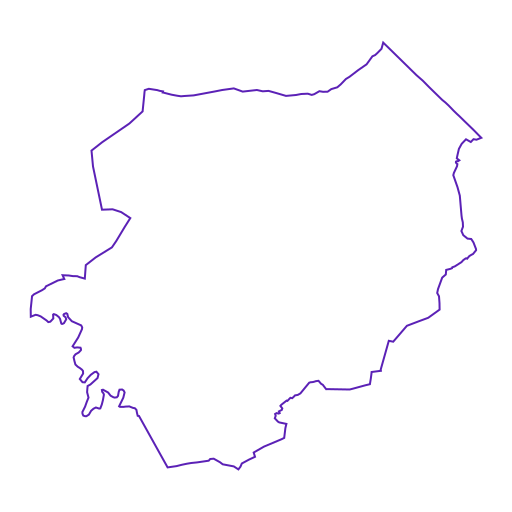 the district of Ezza North, Ebonyi, Nigeria
{"feature_id": "59680162B95600296408215", "entity_name": "Ezza North", "entity_type": "district", "adm_level": 2, "iso_a3": "NGA", "parent_name": "Nigeria", "parent_adm1": "Ebonyi", "projection": "albers", "projection_center": [7.956, 6.263], "detail": "fine", "context": "isolated", "style": "outline", "palette": "violet", "viewbox_px": 512, "rotation_deg": 0, "n_neighbors": 0, "source": "geoboundaries", "source_scale": "gbopen_adm2", "svg_char_len": 3948}
<svg xmlns="http://www.w3.org/2000/svg" viewBox="0 0 512 512"><path d="M481.3,137.8L478.0,134.5L473.7,130.1L467.3,123.9L464.5,121.2L459.3,116.1L456.9,113.9L453.6,110.7L448.6,105.5L445.4,102.5L442.2,99.9L434.0,91.9L429.0,87.0L422.7,80.6L416.4,75.1L390.8,50.0L383.2,42.6L381.5,48.8L377.2,53.2L375.1,55.1L372.4,56.3L366.6,64.3L358.1,70.2L349.5,76.8L345.9,79.0L340.7,84.4L337.3,87.3L331.3,89.1L327.6,91.7L323.0,91.8L319.4,91.2L314.2,94.2L311.7,94.9L307.8,93.7L301.2,94.0L296.0,95.0L286.0,95.9L276.1,93.0L268.6,90.9L262.7,91.3L256.9,90.0L242.7,91.6L233.8,88.4L222.2,90.0L214.6,91.5L193.6,95.4L184.3,96.0L181.0,96.3L177.0,95.7L171.6,94.7L164.5,92.9L163.5,92.6L162.7,92.5L163.0,91.4L159.9,90.9L157.2,90.1L148.8,88.8L144.8,90.1L144.5,92.1L144.2,95.6L142.6,111.4L129.4,123.5L102.2,142.2L91.5,150.6L93.0,166.4L102.0,209.7L112.6,209.3L121.2,212.1L130.3,218.1L124.8,226.8L116.2,241.1L111.9,247.4L95.7,257.4L85.8,265.1L84.8,278.6L79.7,277.2L77.2,276.2L72.8,276.1L68.8,275.5L66.6,275.4L64.1,275.3L62.6,275.2L63.6,277.5L64.3,279.0L62.0,279.5L57.8,280.5L46.0,286.3L44.8,288.4L42.0,290.2L38.1,292.2L34.0,294.3L32.0,296.2L31.9,297.7L30.7,309.1L30.8,316.7L35.6,314.8L37.7,315.2L40.7,316.4L46.6,320.5L48.3,322.1L50.3,321.7L53.3,318.5L53.1,314.6L53.8,314.1L56.3,315.0L59.0,317.2L60.1,319.0L60.6,321.0L61.3,323.5L61.8,323.9L62.5,323.9L64.0,323.1L66.2,319.3L65.6,317.3L63.7,315.8L63.5,314.8L64.1,314.0L66.2,313.2L67.3,313.9L68.1,317.2L71.8,321.2L81.2,325.4L82.2,327.4L82.0,329.1L78.2,337.5L72.6,346.3L74.4,347.8L77.1,347.4L80.5,347.7L81.0,349.1L80.9,350.2L78.7,352.5L75.5,354.3L74.1,356.1L73.6,357.5L74.0,359.0L74.4,360.9L75.4,364.5L77.7,366.7L79.8,368.0L81.9,369.6L83.0,371.0L83.1,373.6L79.8,379.0L82.5,382.2L84.8,382.4L87.6,378.2L90.8,374.8L94.5,372.1L96.4,371.7L98.5,374.2L97.5,378.1L90.4,384.5L87.6,386.0L87.3,389.3L87.1,392.2L88.5,397.6L86.8,401.8L85.1,406.6L82.4,412.0L82.4,413.2L82.7,414.3L83.3,415.6L85.1,416.2L86.4,416.2L88.9,414.6L91.1,410.8L93.5,408.7L95.9,407.5L96.8,407.8L99.2,408.6L100.3,408.4L101.8,404.5L102.9,400.2L103.9,394.7L103.5,393.4L102.2,391.8L101.9,390.0L103.0,389.7L108.1,392.5L110.6,395.7L113.3,397.2L114.7,397.6L116.8,397.3L118.0,395.9L118.4,393.7L118.7,391.9L119.5,389.7L122.1,389.5L123.6,390.5L124.6,392.4L123.3,397.7L119.1,406.3L120.0,406.9L123.5,406.9L125.4,406.6L127.7,406.5L129.3,406.4L131.0,407.1L133.0,407.9L134.8,408.2L136.4,409.8L137.0,413.0L137.7,415.8L139.0,416.0L156.4,447.3L167.6,467.4L176.6,466.1L181.7,464.8L187.0,463.7L191.2,463.0L197.1,462.4L208.7,460.7L210.2,459.0L213.7,458.7L220.1,462.3L222.7,464.3L233.8,466.4L238.4,469.4L240.5,466.6L241.8,463.5L249.0,459.6L255.0,456.8L253.7,452.5L264.0,446.6L281.8,439.1L284.2,437.9L285.4,428.0L286.4,423.9L279.2,422.4L277.9,421.6L274.8,418.3L275.7,415.8L275.1,414.0L276.6,413.1L278.7,413.6L279.7,413.1L278.9,411.4L281.8,409.9L282.0,409.2L282.3,408.4L280.4,405.9L281.4,404.7L286.6,400.6L287.4,400.9L290.4,397.8L292.2,398.2L294.0,396.5L295.0,395.4L297.8,394.9L300.4,393.4L309.2,382.7L310.8,382.2L311.6,382.2L313.1,382.0L314.6,381.6L315.7,381.2L318.5,380.8L321.1,383.8L322.8,384.8L325.4,388.2L326.2,389.2L326.7,389.1L349.7,389.5L353.2,388.6L365.3,385.3L369.9,384.2L370.8,378.6L371.4,374.1L371.6,372.0L380.9,370.8L380.7,369.6L388.8,340.8L393.2,341.7L406.9,325.8L419.0,321.2L428.2,317.8L439.6,309.6L439.5,303.2L439.0,296.3L437.2,293.0L438.0,289.1L442.2,277.6L445.8,274.5L446.2,269.9L450.2,268.9L452.0,268.2L452.3,267.3L454.8,266.4L461.5,262.1L463.3,260.1L465.7,258.4L466.5,258.3L467.1,258.7L469.3,256.1L471.4,254.8L473.0,254.0L476.1,250.2L476.0,249.0L473.5,242.5L471.9,240.0L471.2,239.0L467.5,238.6L463.3,235.2L461.4,231.0L463.0,226.7L462.8,222.3L461.9,218.5L461.5,215.4L459.8,195.6L457.5,187.2L453.3,175.2L453.9,172.9L457.0,166.3L457.4,164.1L456.3,163.2L455.9,162.4L456.0,161.6L456.8,161.2L458.0,161.2L459.3,160.3L458.0,159.3L456.8,158.3L457.2,156.3L458.9,148.9L461.7,143.8L466.0,139.3L470.8,142.0L473.5,139.2L476.5,139.7L481.3,137.8Z" fill="none" stroke="#5b21b6" stroke-width="2"/></svg>